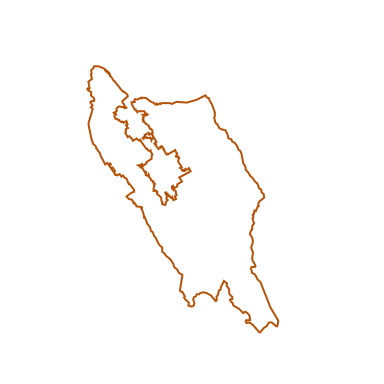 Deli Serdang, Sumatera Utara, Indonesia (Equal Earth projection), rotated 326°
{"feature_id": "22746128B17104196518473", "entity_name": "Deli Serdang", "entity_type": "district", "adm_level": 2, "iso_a3": "IDN", "parent_name": "Indonesia", "parent_adm1": "Sumatera Utara", "projection": "equal_earth", "projection_center": [98.729, 3.48], "detail": "fine", "context": "isolated", "style": "outline", "palette": "amber", "viewbox_px": 384, "rotation_deg": 326, "n_neighbors": 0, "source": "geoboundaries", "source_scale": "gbopen_adm2", "svg_char_len": 6062}
<svg xmlns="http://www.w3.org/2000/svg" viewBox="0 0 384 384"><g transform="rotate(326 192 192)"><path d="M192.8,75.5L192.3,72.3L191.0,70.5L191.2,69.6L190.6,68.7L189.7,56.6L189.3,56.2L189.4,50.7L188.9,50.2L189.5,49.2L187.8,41.9L190.2,48.3L189.8,46.2L188.2,40.8L186.9,38.4L184.5,35.3L181.0,33.0L179.7,34.2L176.5,34.6L175.1,37.6L173.9,38.1L172.3,42.3L167.8,42.6L165.1,48.8L164.2,48.9L163.7,47.9L162.9,48.1L162.7,49.7L164.3,52.8L162.2,55.6L163.1,58.8L162.8,60.7L161.3,61.8L159.5,60.4L157.9,60.7L157.9,64.8L155.5,65.1L156.2,67.6L145.8,76.1L143.8,78.4L138.5,91.4L136.9,96.8L137.7,99.6L137.5,101.8L137.0,102.3L137.3,104.1L137.0,106.0L137.5,107.5L136.5,111.1L135.5,120.6L138.1,120.5L138.1,122.6L140.1,122.5L140.2,123.7L138.1,123.8L138.2,126.9L139.7,127.0L140.0,127.6L140.0,128.2L138.2,128.1L138.2,130.5L140.0,130.5L139.6,132.0L138.3,132.1L138.0,135.1L139.5,135.7L139.5,136.5L142.1,136.6L142.1,139.8L144.1,139.8L144.2,142.7L144.9,143.3L145.1,145.0L144.0,150.0L144.7,150.1L145.2,157.6L144.3,159.4L141.0,158.7L135.2,159.1L135.6,162.3L138.0,165.0L137.6,166.5L138.2,168.1L137.2,168.7L138.4,169.9L138.0,173.0L141.9,176.3L141.8,177.1L140.8,176.8L140.3,180.7L138.7,185.5L137.8,186.3L138.7,186.8L137.2,193.4L137.5,197.5L136.2,201.4L137.0,203.1L136.1,207.3L136.3,210.0L135.4,215.6L135.5,219.0L136.3,221.2L133.9,224.9L134.7,227.0L134.9,230.8L136.4,235.7L136.3,241.2L135.3,244.4L136.4,248.0L135.9,251.7L137.7,255.4L127.0,266.8L126.9,268.3L128.2,269.3L127.7,274.6L126.4,275.0L126.4,277.2L127.4,281.4L127.3,282.3L125.5,284.1L127.6,286.8L129.8,287.2L131.7,285.7L133.0,281.6L135.0,280.2L136.6,280.7L138.9,279.5L140.6,280.7L142.1,280.4L145.3,281.4L147.5,283.8L149.8,288.1L150.5,295.5L151.3,295.8L152.2,295.2L153.8,292.4L155.5,292.1L159.3,288.7L161.0,289.0L162.5,287.2L168.7,283.6L169.9,287.3L168.3,289.1L168.5,293.0L165.9,297.5L166.7,301.7L165.6,303.3L163.3,302.4L162.9,304.0L163.5,306.6L162.9,309.4L165.8,315.6L166.8,321.0L169.1,320.9L170.1,322.9L170.6,326.2L168.6,330.8L165.2,328.6L164.3,329.1L164.0,331.1L166.2,332.1L167.3,333.6L168.2,336.7L169.4,346.1L170.1,346.5L175.2,344.9L178.8,345.0L182.7,343.2L185.2,344.7L186.6,350.1L187.5,351.0L191.2,347.5L191.6,346.0L192.5,331.5L198.4,304.8L197.4,301.0L198.1,296.7L197.7,294.3L196.5,292.9L198.3,288.1L199.5,287.5L202.4,289.3L203.3,288.8L203.9,284.9L203.7,283.5L204.6,280.9L208.9,276.0L209.4,272.7L210.3,270.9L214.5,267.6L216.3,263.9L216.5,259.2L219.6,256.8L220.9,256.8L223.0,253.7L225.8,252.9L227.4,247.7L228.6,247.5L229.8,244.7L230.8,245.0L233.4,242.3L234.1,243.6L238.3,240.8L239.4,241.0L239.5,239.9L240.5,238.7L242.7,237.5L248.7,237.0L250.3,233.7L249.5,231.4L250.8,228.5L249.6,226.6L250.9,222.0L249.9,217.3L250.2,215.4L249.3,211.0L249.5,207.2L249.0,203.4L250.4,201.2L250.5,197.0L254.5,187.7L255.0,184.6L254.2,183.2L255.1,178.9L254.9,175.2L253.5,172.4L254.1,170.5L252.2,167.7L253.6,164.4L254.3,159.5L251.5,156.6L250.3,154.1L250.9,150.7L250.2,147.5L252.0,142.7L253.3,142.0L255.6,138.4L257.6,130.0L257.7,126.0L258.5,123.5L257.2,122.2L257.2,119.4L247.2,118.1L237.9,115.1L229.4,108.5L224.7,107.8L223.6,106.2L218.9,102.9L216.2,101.2L215.6,101.5L215.2,100.4L215.3,102.0L214.8,100.5L212.5,100.5L212.3,99.3L211.8,99.7L210.4,98.9L210.6,97.7L208.1,93.4L206.4,88.3L203.2,85.8L202.6,86.2L202.3,85.3L198.4,84.8L196.8,83.2L195.2,83.9L194.8,85.4L192.0,83.8L191.2,85.9L190.6,91.5L191.5,92.1L191.0,93.2L191.5,94.0L191.3,95.3L192.8,95.1L197.5,98.2L197.4,100.3L198.6,102.9L196.9,103.1L195.7,101.1L194.8,101.8L194.2,101.0L194.3,102.5L193.2,103.5L192.7,103.2L192.0,105.4L191.4,104.9L191.0,106.1L191.6,106.3L191.4,108.1L192.1,108.8L191.8,109.5L193.2,113.0L192.4,116.0L193.1,116.3L193.6,118.3L192.8,120.5L191.0,122.7L191.0,120.8L188.6,120.7L189.1,118.6L184.6,118.3L184.6,119.6L181.6,119.5L181.4,120.9L184.7,120.6L184.9,122.3L187.9,123.6L187.2,126.6L190.9,124.3L190.5,130.8L188.6,130.7L188.6,131.9L188.0,131.5L188.2,137.6L191.2,137.8L191.1,136.8L192.2,136.9L192.8,137.6L192.7,141.1L192.1,141.0L191.9,146.6L193.3,146.7L193.3,147.4L201.5,147.8L201.0,149.7L201.3,151.8L198.5,153.4L198.6,154.1L200.6,154.8L200.2,156.9L199.4,156.8L197.5,159.3L197.4,165.6L195.6,165.4L196.1,166.4L195.9,168.4L196.4,168.4L196.3,169.4L197.4,169.5L197.3,170.3L198.0,170.4L198.0,169.4L198.7,169.8L198.9,169.3L199.7,169.3L199.7,170.3L200.9,170.9L202.8,170.5L202.4,174.1L189.6,172.8L189.6,177.7L184.1,177.4L183.1,178.7L183.8,179.1L179.5,179.0L179.5,177.4L177.9,177.2L179.5,177.3L179.7,176.2L178.4,176.2L177.8,177.2L178.2,177.4L177.5,178.1L177.8,180.5L178.9,181.4L178.8,182.8L177.8,184.2L177.7,185.9L175.8,186.1L175.6,185.2L174.8,188.9L172.4,188.4L172.8,188.0L172.1,186.9L172.7,185.5L171.9,185.8L171.4,185.0L171.8,184.8L171.5,183.6L170.8,183.3L171.3,182.3L170.4,181.3L170.7,180.2L170.2,180.1L170.4,177.9L169.6,177.5L169.0,179.0L169.4,181.9L168.2,182.0L166.9,183.3L167.3,185.1L165.0,185.7L162.6,187.9L160.5,185.3L161.7,184.2L161.6,182.4L163.1,179.8L163.2,178.4L161.9,174.1L163.2,172.7L162.8,172.3L163.3,171.8L162.6,170.2L161.9,170.4L160.7,169.6L162.3,167.3L164.2,166.0L164.3,164.8L165.8,164.6L165.5,162.4L164.4,162.7L165.9,161.3L164.6,159.5L165.1,158.3L164.9,155.9L165.7,153.6L164.7,154.4L163.2,152.2L163.9,151.8L163.8,150.2L164.8,150.1L164.7,149.5L163.6,149.4L164.8,149.0L164.0,147.9L164.4,143.6L163.0,143.0L163.2,141.4L162.4,139.9L164.1,140.6L164.1,142.6L165.3,142.6L165.4,140.7L166.2,140.7L166.1,143.0L170.2,142.8L170.9,141.7L177.0,141.9L179.1,139.1L180.2,138.6L180.3,135.6L180.9,134.4L180.0,134.4L178.9,133.1L179.0,131.2L178.4,131.1L178.0,121.9L178.4,119.7L176.8,119.8L175.9,116.6L171.7,116.5L171.9,113.9L171.3,110.6L169.4,110.6L169.8,105.6L171.0,105.2L172.0,102.9L174.7,103.2L174.7,100.6L175.1,100.4L174.7,99.7L175.2,99.5L174.8,99.0L176.5,99.7L177.3,96.5L174.8,96.5L174.3,95.6L173.9,95.9L173.5,94.7L172.5,94.5L171.9,93.1L172.0,91.8L171.0,91.2L171.0,89.9L169.5,88.4L170.1,85.6L170.8,85.0L172.4,85.4L172.6,84.3L171.6,83.7L171.4,82.6L174.8,82.9L175.9,80.8L177.3,80.2L180.0,80.5L181.1,82.2L182.7,83.1L183.0,85.5L183.2,84.9L184.6,85.5L184.8,85.1L183.3,84.5L182.9,83.4L184.2,82.9L184.6,81.9L184.5,78.7L185.0,77.7L192.2,76.8L192.8,75.5Z" fill="none" stroke="#b45309" stroke-width="2"/></g></svg>